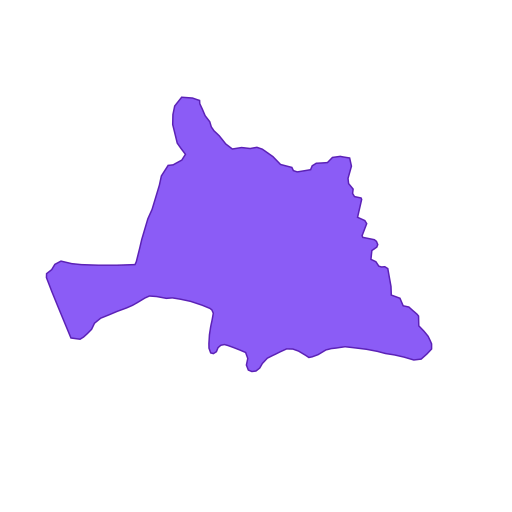 Kananga, Kasaï-Occidental, Democratic Republic of the Congo, rotated 197°
{"feature_id": "63176286B7058717383424", "entity_name": "Kananga", "entity_type": "district", "adm_level": 2, "iso_a3": "COD", "parent_name": "Democratic Republic of the Congo", "parent_adm1": "Kasaï-Occidental", "projection": "albers", "projection_center": [22.453, -5.896], "detail": "fine", "context": "isolated", "style": "filled", "palette": "violet", "viewbox_px": 512, "rotation_deg": 197, "n_neighbors": 0, "source": "geoboundaries", "source_scale": "gbopen_adm2", "svg_char_len": 2527}
<svg xmlns="http://www.w3.org/2000/svg" viewBox="0 0 512 512"><g transform="rotate(197 256 256)"><path d="M60.9,218.4L61.9,221.7L62.4,223.3L64.5,225.8L67.9,229.5L70.1,231.0L73.6,233.3L79.9,236.8L83.0,246.1L84.4,247.0L84.8,247.3L88.5,249.0L89.3,249.3L94.9,251.9L100.7,251.4L106.0,257.7L107.9,257.8L115.2,258.2L118.0,266.3L122.1,274.3L126.3,282.5L129.7,283.4L130.5,283.1L132.7,282.2L134.2,282.2L135.6,282.2L139.7,285.6L145.1,286.4L145.8,289.9L146.8,295.1L143.1,299.8L143.1,300.0L142.9,302.5L145.1,305.2L147.6,306.2L157.8,305.2L159.3,305.0L160.5,306.5L159.6,319.3L162.3,321.7L165.4,322.1L170.2,322.7L171.1,335.3L171.5,340.9L171.5,341.0L172.5,342.2L174.7,342.0L179.2,341.6L181.3,343.5L181.9,344.0L182.7,348.4L188.6,352.3L189.3,353.9L190.7,357.1L191.0,369.8L195.1,377.1L201.7,376.2L204.6,375.9L211.7,372.6L215.0,366.2L220.8,364.0L225.5,362.3L227.9,359.5L228.6,358.8L229.0,354.9L229.0,354.5L235.0,351.5L241.1,348.5L243.1,348.5L245.2,348.6L245.3,348.7L247.6,351.2L252.1,351.0L259.3,350.7L268.9,356.0L281.2,360.0L286.9,360.2L291.8,357.7L292.9,357.1L301.5,355.5L309.9,351.4L317.7,354.3L326.3,360.2L332.9,363.5L336.5,366.4L339.5,370.9L345.7,375.3L350.3,380.8L354.3,385.2L355.4,388.2L362.9,388.5L373.5,386.1L377.6,375.7L376.8,367.0L374.1,357.4L364.3,340.9L359.3,337.0L353.2,332.6L355.0,326.0L355.9,325.1L360.7,320.2L361.8,319.0L365.4,317.4L366.5,317.0L369.9,304.9L369.1,295.5L369.0,270.2L370.3,259.9L370.1,238.4L369.5,229.5L368.8,215.5L369.2,212.4L385.8,206.7L404.8,200.9L420.4,196.7L430.0,194.8L441.0,194.1L445.9,189.2L446.7,186.0L447.4,183.2L451.1,177.9L450.1,174.1L444.6,167.1L441.1,162.6L430.5,149.6L409.0,123.5L404.0,124.3L399.9,125.0L397.2,128.1L394.7,132.3L391.8,137.8L390.8,144.5L386.4,151.1L379.1,157.0L372.4,162.6L364.6,168.5L359.6,172.8L354.9,177.8L349.9,183.4L346.2,186.6L339.1,188.2L329.3,189.3L323.8,191.5L315.7,192.6L305.4,193.5L293.0,193.2L284.6,192.4L282.4,191.5L280.1,188.8L279.2,181.4L278.9,177.6L278.6,174.7L277.5,167.1L275.4,158.4L274.0,154.1L271.0,150.1L268.2,150.2L265.9,152.9L265.5,157.3L263.5,160.4L260.3,162.1L256.7,162.2L250.7,161.9L244.3,161.4L237.7,160.7L233.9,155.6L233.3,148.9L230.0,144.7L226.2,144.3L222.4,146.0L219.7,149.9L218.5,155.1L215.3,161.6L210.8,165.9L208.9,167.6L204.8,171.5L199.6,176.1L193.5,177.8L187.5,177.5L179.4,175.5L175.8,174.4L172.8,176.0L167.8,179.8L161.6,186.7L159.5,187.9L157.1,189.4L152.5,191.4L144.3,195.3L133.9,197.2L123.1,199.1L112.0,200.3L103.7,200.6L94.6,201.9L84.8,202.6L74.7,202.7L67.9,205.7L63.9,212.3L60.9,218.4Z" fill="#8b5cf6" stroke="#5b21b6" stroke-width="1.5"/></g></svg>